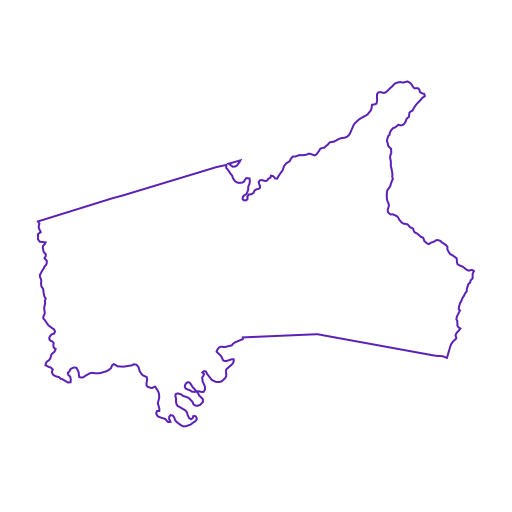 outline of Jaíba, Minas Gerais, Brazil, rotated 177°
{"feature_id": "56859067B83912683918054", "entity_name": "Jaíba", "entity_type": "district", "adm_level": 2, "iso_a3": "BRA", "parent_name": "Brazil", "parent_adm1": "Minas Gerais", "projection": "albers", "projection_center": [-43.684, -15.25], "detail": "fine", "context": "isolated", "style": "outline", "palette": "violet", "viewbox_px": 512, "rotation_deg": 177, "n_neighbors": 0, "source": "geoboundaries", "source_scale": "gbopen_adm2", "svg_char_len": 6053}
<svg xmlns="http://www.w3.org/2000/svg" viewBox="0 0 512 512"><g transform="rotate(177 256 256)"><path d="M350.1,94.9L351.3,97.7L351.0,100.2L349.6,101.6L347.3,100.9L346.1,99.0L345.5,96.6L344.0,94.4L340.4,91.4L338.0,89.8L335.4,89.6L330.3,91.0L327.0,93.2L325.2,94.1L323.7,96.1L323.9,98.0L325.0,99.3L327.0,99.4L327.6,97.6L329.3,96.4L331.0,97.3L331.9,99.0L332.7,101.2L333.2,103.6L334.9,105.7L340.0,109.1L342.1,110.3L343.3,112.6L343.5,115.5L343.3,118.0L343.9,120.4L343.4,122.3L341.5,122.9L338.1,121.8L336.3,120.2L332.2,118.6L330.4,117.6L327.0,113.6L326.2,111.1L324.1,109.7L322.0,109.5L319.5,110.3L316.6,113.1L316.6,115.9L320.0,119.6L321.0,121.9L322.5,123.8L320.6,124.0L317.2,123.0L315.3,123.1L313.9,125.4L313.9,128.6L315.8,133.4L316.1,137.6L315.0,138.9L314.0,140.8L315.7,142.5L313.8,143.8L312.0,143.2L311.0,140.8L306.7,134.6L304.7,133.4L302.3,132.3L299.6,132.1L297.0,132.5L293.2,135.6L292.0,137.7L291.9,140.2L292.1,142.5L291.4,144.6L286.2,148.5L284.7,150.0L283.7,152.2L283.8,154.1L286.0,154.1L290.4,152.8L292.6,152.7L294.2,153.4L296.1,157.9L300.4,162.5L299.5,164.5L298.0,166.3L296.5,167.1L294.9,167.2L293.1,166.8L291.4,166.8L284.9,168.0L283.7,169.4L281.4,170.9L273.5,173.7L273.5,175.4L198.9,174.7L83.4,147.3L80.7,146.8L74.5,146.1L72.9,145.2L70.6,144.3L66.7,155.6L65.7,157.8L63.6,160.4L60.2,163.3L60.9,166.3L59.8,168.6L57.1,171.2L55.7,172.9L57.5,174.1L58.5,175.9L58.4,180.7L59.2,182.3L58.8,184.3L57.6,186.8L55.2,190.9L56.3,192.3L56.0,194.5L54.7,198.3L53.6,199.7L51.9,203.4L50.4,205.4L49.2,207.6L47.4,209.7L47.1,212.5L46.2,214.6L45.6,216.6L43.6,218.2L42.9,220.5L40.9,222.2L40.5,227.2L39.1,229.5L41.1,230.9L44.2,230.2L46.4,231.2L49.9,234.4L53.5,236.1L55.1,237.2L55.7,239.3L55.6,241.2L55.9,243.4L60.0,246.6L61.8,247.5L63.3,249.8L64.5,252.4L64.4,255.3L65.9,257.0L67.8,258.6L69.9,260.0L71.2,261.5L73.0,262.2L74.9,262.5L77.2,261.1L80.5,260.2L82.7,258.8L84.5,259.6L87.1,262.2L88.1,265.5L90.3,266.5L94.0,270.1L96.3,271.3L97.3,273.2L97.6,275.0L99.0,276.0L100.6,276.6L103.0,279.7L107.5,280.8L109.1,282.3L110.9,284.5L112.0,286.9L113.2,288.4L117.3,290.5L119.3,290.4L120.9,291.6L122.0,293.1L122.0,295.5L120.6,299.2L121.0,301.8L122.0,304.4L122.3,306.3L122.3,309.2L121.9,313.3L121.2,315.0L118.5,318.3L116.4,323.8L115.3,325.6L115.8,328.0L115.5,330.6L115.7,333.0L116.6,339.0L116.4,343.5L117.0,347.4L116.4,350.0L115.5,351.8L115.5,356.0L117.0,357.5L118.3,359.4L118.7,362.4L119.3,364.1L118.7,366.2L117.7,368.9L116.3,370.0L116.0,371.8L114.6,374.3L112.5,376.5L110.5,377.1L108.6,378.3L107.1,379.6L104.9,378.9L102.7,379.1L101.1,380.2L99.6,382.3L98.4,385.2L96.0,387.0L95.3,391.1L94.0,392.2L92.2,392.9L89.7,396.9L87.0,400.0L83.1,403.5L82.1,404.9L79.0,406.8L79.5,409.0L81.7,409.8L83.6,411.0L84.2,413.6L85.5,415.1L89.1,415.2L90.3,416.6L91.3,418.6L92.5,420.2L93.9,421.4L95.7,422.4L98.2,421.8L100.8,421.5L102.7,422.2L105.3,421.9L107.9,421.1L109.5,419.9L110.9,418.4L112.9,416.9L117.0,413.2L119.1,412.2L121.0,412.4L123.0,413.2L125.2,413.0L126.7,411.2L126.9,407.8L126.9,404.8L127.7,401.9L130.0,401.1L132.2,401.0L133.1,396.7L133.9,395.2L137.2,391.6L138.8,390.6L145.7,387.2L150.4,383.3L151.6,381.8L155.7,373.5L157.0,371.7L159.4,370.0L162.0,369.4L164.3,369.3L166.5,368.7L168.1,368.1L170.2,367.0L172.5,366.0L174.6,366.0L176.6,365.5L178.3,363.6L180.4,362.1L182.1,360.6L184.3,360.4L186.2,359.7L187.5,357.7L190.3,354.3L192.2,353.4L196.1,355.0L197.8,355.5L199.7,354.7L201.6,354.4L203.4,354.2L207.6,354.5L209.6,353.8L211.7,353.3L213.6,353.4L215.0,352.6L216.2,351.0L217.4,348.9L220.9,347.0L223.4,344.1L225.0,340.0L226.2,338.7L229.6,334.3L230.9,332.1L232.8,332.5L234.6,334.8L236.9,335.4L237.4,333.6L239.6,332.5L240.7,331.0L242.5,330.3L246.2,331.5L248.3,331.3L249.5,329.6L249.0,327.4L248.3,325.7L248.5,323.8L249.9,322.9L251.6,322.7L253.8,321.7L255.3,319.1L257.4,317.9L260.0,317.8L261.6,315.5L261.4,313.4L262.7,312.2L264.6,312.1L266.3,313.2L266.1,315.8L264.6,317.1L262.4,318.3L261.0,320.9L260.2,323.2L260.2,325.5L258.9,328.0L258.2,330.8L258.4,333.8L261.5,334.3L263.1,332.7L264.0,330.9L265.9,330.0L269.5,329.9L271.1,330.5L272.6,331.4L273.7,332.8L274.9,334.9L275.6,337.5L276.9,339.1L279.3,343.3L281.2,345.6L280.8,348.5L291.1,346.8L385.5,323.5L397.1,321.0L472.0,301.9L470.6,299.7L471.4,297.3L471.4,295.0L469.7,291.1L471.2,290.2L472.7,289.1L472.6,286.7L472.9,284.2L471.2,281.6L465.4,280.6L466.3,279.0L468.0,277.5L468.5,275.5L467.8,271.0L465.8,268.8L466.1,266.7L467.3,264.9L465.2,262.2L465.3,260.1L466.0,258.2L467.7,256.7L468.8,254.5L470.1,252.8L472.8,248.4L472.8,246.3L472.1,244.6L471.7,242.5L472.1,239.9L471.9,236.8L470.3,234.4L469.9,229.2L469.4,226.6L468.2,224.5L469.2,222.1L469.0,219.7L469.9,216.9L470.3,215.1L469.9,210.5L470.3,208.7L471.6,206.5L471.6,204.6L470.5,203.4L467.0,197.7L463.1,194.4L461.5,193.3L460.6,191.1L461.9,188.9L464.1,188.5L465.6,187.1L466.8,185.1L466.5,183.1L465.2,181.9L463.6,181.1L462.6,179.7L463.1,177.3L462.7,175.1L460.9,173.6L462.1,171.1L465.2,168.7L466.0,167.1L466.5,164.9L468.2,162.7L470.2,161.6L471.4,160.0L472.0,158.0L468.8,156.1L466.7,155.3L464.9,153.3L466.0,150.7L465.0,148.2L463.4,147.0L461.4,146.0L459.1,145.4L457.5,143.6L455.8,143.1L450.4,139.5L447.8,139.6L447.4,142.3L447.9,145.3L449.6,147.0L450.1,149.1L448.4,150.5L447.1,152.8L445.0,153.8L443.3,154.2L441.1,153.7L440.1,151.5L439.2,149.3L439.1,146.7L438.8,144.3L436.4,143.7L434.4,144.1L432.9,145.2L428.0,147.6L425.7,147.9L422.0,147.2L417.8,147.2L411.2,148.8L408.9,149.9L406.6,151.7L405.6,154.1L403.8,155.5L401.8,154.4L400.2,153.1L394.1,152.4L385.6,153.3L383.7,154.3L381.0,153.6L379.1,151.2L378.2,147.0L376.4,144.0L375.3,142.8L371.5,140.8L371.1,138.7L372.1,134.3L372.0,132.2L370.8,130.9L366.8,129.5L365.1,130.4L363.5,130.8L360.8,125.9L360.2,123.9L360.0,121.6L360.2,118.9L361.8,114.2L360.5,108.6L360.7,106.3L362.9,106.4L363.9,104.4L363.5,102.7L362.3,100.9L359.7,99.7L354.9,97.9L354.0,96.4L352.4,94.7L350.1,94.9ZM322.5,123.8L324.3,123.5L327.1,123.9L328.9,125.3L332.6,126.9L333.9,128.5L333.8,130.4L332.6,132.4L330.7,133.6L329.0,133.1L327.8,131.4L326.0,128.2L324.3,126.3L322.5,123.8ZM278.5,349.6L274.5,346.4L272.2,346.4L270.2,347.4L267.6,350.6L266.6,352.3L278.5,349.6Z" fill="none" stroke="#5b21b6" stroke-width="2"/></g></svg>